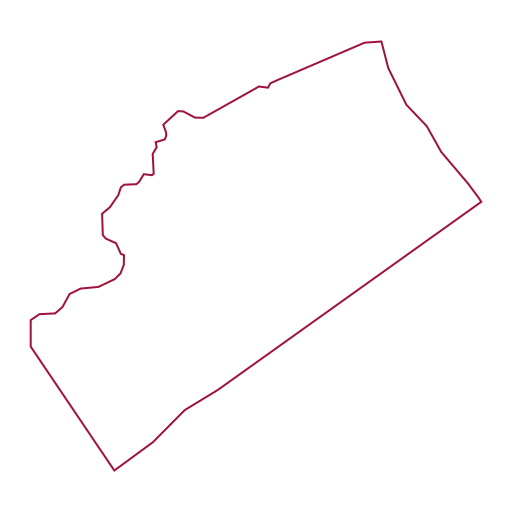 the district of Alaili Dadda, Obock, Djibouti
{"feature_id": "41766387B98599288227121", "entity_name": "Alaili Dadda", "entity_type": "district", "adm_level": 2, "iso_a3": "DJI", "parent_name": "Djibouti", "parent_adm1": "Obock", "projection": "albers", "projection_center": [42.912, 12.453], "detail": "fine", "context": "isolated", "style": "outline", "palette": "rose", "viewbox_px": 512, "rotation_deg": 0, "n_neighbors": 0, "source": "geoboundaries", "source_scale": "gbopen_adm2", "svg_char_len": 830}
<svg xmlns="http://www.w3.org/2000/svg" viewBox="0 0 512 512"><path d="M481.3,201.8L478.4,197.5L468.0,183.5L450.0,162.3L441.2,151.9L426.8,126.2L406.4,104.8L391.4,74.4L388.2,67.9L381.4,41.5L364.5,42.7L278.8,79.5L270.5,83.2L267.9,87.7L259.0,86.5L204.9,116.9L203.3,117.8L194.9,117.6L183.3,111.4L177.9,111.2L163.3,124.7L166.0,132.1L166.3,135.6L164.8,139.4L155.6,142.2L156.7,147.1L152.7,153.9L153.7,173.8L152.0,175.2L143.8,174.2L139.0,182.0L136.3,184.2L124.2,184.7L120.9,187.3L118.3,195.1L110.0,207.1L102.1,213.8L102.8,235.1L105.8,238.6L113.1,241.9L116.0,243.1L120.8,253.8L124.0,255.2L123.8,264.9L120.5,273.4L114.7,279.1L98.5,286.9L80.5,288.6L69.6,294.0L63.4,305.3L62.3,307.2L55.1,313.4L39.4,314.2L30.7,320.1L30.7,346.6L114.3,470.5L153.0,442.1L184.7,410.1L217.7,390.0L481.3,201.8Z" fill="none" stroke="#9f1239" stroke-width="2"/></svg>